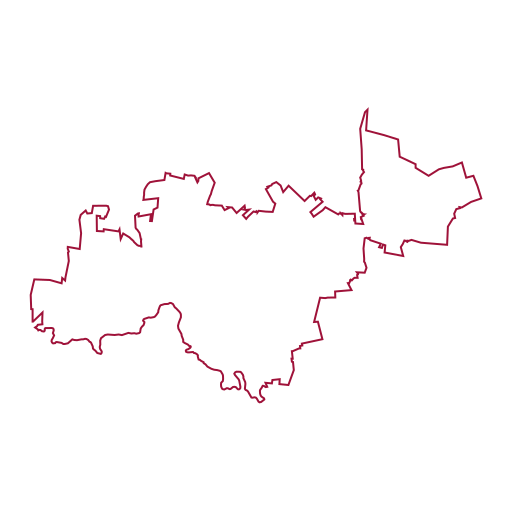 Sedibeng, Gauteng, South Africa
{"feature_id": "47623444B84489694859974", "entity_name": "Sedibeng", "entity_type": "district", "adm_level": 2, "iso_a3": "ZAF", "parent_name": "South Africa", "parent_adm1": "Gauteng", "projection": "albers", "projection_center": [28.102, -26.548], "detail": "fine", "context": "isolated", "style": "outline", "palette": "rose", "viewbox_px": 512, "rotation_deg": 0, "n_neighbors": 0, "source": "geoboundaries", "source_scale": "gbopen_adm2", "svg_char_len": 6049}
<svg xmlns="http://www.w3.org/2000/svg" viewBox="0 0 512 512"><path d="M106.1,205.7L93.1,205.8L91.8,213.1L87.3,213.5L85.7,210.5L80.7,214.9L79.4,219.7L81.1,233.2L79.7,249.0L67.8,246.9L67.7,248.7L68.8,251.6L68.0,252.5L68.8,261.0L65.5,277.2L65.1,280.5L62.2,278.0L61.6,283.3L49.9,280.0L34.3,279.4L30.7,294.9L31.2,309.1L32.6,309.2L32.6,321.6L33.0,321.6L42.5,312.5L42.2,321.2L42.4,324.3L37.8,324.8L37.1,326.1L35.1,327.5L37.7,329.3L38.3,330.4L39.4,329.9L40.5,330.0L41.9,331.2L43.8,331.5L44.1,331.4L44.7,330.7L44.8,328.7L45.3,328.1L51.9,328.0L53.2,328.5L53.6,329.3L53.7,330.5L52.9,333.1L54.1,335.4L52.7,338.4L51.8,339.8L51.5,341.1L52.0,342.5L53.1,343.4L55.2,343.1L55.7,342.3L56.7,342.0L61.6,342.9L63.3,344.0L64.7,344.0L67.9,343.3L72.3,339.4L74.3,340.0L77.0,340.2L81.7,339.3L83.3,339.3L85.1,338.8L86.5,339.0L88.2,340.0L89.6,341.8L90.4,342.0L91.1,342.8L92.7,346.3L93.0,348.5L93.5,349.2L95.4,350.7L97.3,353.0L100.8,353.9L101.5,353.1L101.8,351.9L101.5,351.0L100.1,348.9L99.8,347.5L99.8,346.6L100.3,344.6L100.2,340.6L101.0,338.2L105.1,335.0L107.8,334.5L114.6,335.0L118.7,334.5L121.9,335.1L128.4,332.9L131.4,333.5L134.3,333.2L136.3,333.7L139.1,333.1L140.1,332.3L140.7,328.5L142.0,326.6L143.5,325.2L144.2,323.4L144.4,322.1L143.1,320.7L143.6,319.4L144.3,318.9L148.8,317.4L150.7,317.7L153.9,317.1L154.9,316.6L156.3,315.0L158.2,312.3L158.4,310.3L159.5,307.2L160.2,305.7L160.8,305.2L164.4,304.1L168.1,303.9L170.0,302.9L171.3,303.1L173.0,304.1L174.8,307.3L176.2,308.4L179.6,312.0L180.6,313.5L180.9,314.8L180.9,317.3L178.9,322.4L178.0,325.8L178.4,328.6L181.4,333.9L181.7,335.9L183.2,339.7L183.2,341.9L184.7,343.0L187.8,344.5L189.4,346.1L190.4,346.1L190.7,346.4L190.6,347.3L190.0,348.0L188.2,349.2L186.8,349.6L186.2,350.0L185.8,350.8L186.1,351.8L187.3,352.3L188.9,352.4L193.0,352.0L194.0,353.0L195.0,353.1L196.7,354.0L197.9,355.3L197.8,356.6L198.6,359.5L199.9,359.9L201.1,360.9L203.6,362.2L203.7,363.2L205.5,364.3L207.4,366.6L211.4,368.8L214.1,369.7L217.2,370.1L219.8,370.8L220.8,371.3L222.7,374.5L223.0,375.8L223.1,379.1L222.8,381.1L221.2,382.7L221.0,384.2L221.1,386.3L221.5,387.5L222.2,388.8L222.9,389.2L224.3,389.5L226.8,388.2L227.9,388.3L229.5,389.1L230.5,389.0L233.0,387.0L234.3,386.8L235.8,387.1L237.8,389.2L238.8,389.4L239.5,389.1L240.3,388.1L240.4,386.7L239.2,380.5L238.6,379.3L234.9,374.9L234.3,373.7L235.1,372.4L236.4,371.7L240.2,371.8L241.1,372.3L242.9,374.8L243.4,376.5L243.4,378.1L245.2,382.1L245.4,383.9L244.9,388.6L245.2,389.4L245.6,389.9L247.1,390.6L248.0,391.5L251.4,397.5L252.3,397.7L254.7,397.3L256.0,397.7L257.0,398.9L258.5,401.6L259.5,402.3L261.1,402.0L264.3,399.5L264.1,398.4L261.5,396.6L260.7,395.6L260.1,393.7L259.9,390.8L260.2,389.8L261.6,387.9L262.7,385.8L263.8,385.9L265.7,387.1L267.2,386.8L265.5,382.8L271.9,383.4L272.4,380.0L279.7,379.2L279.4,384.1L288.4,385.0L293.8,370.1L293.0,362.0L291.9,361.7L291.5,358.7L292.7,358.7L291.9,351.2L292.9,351.1L298.9,348.5L300.3,348.4L300.0,346.0L302.3,345.5L301.9,343.6L322.4,339.2L317.9,321.7L314.1,322.0L320.1,297.7L325.3,298.1L327.7,297.6L335.3,297.5L335.1,291.5L351.5,290.1L347.9,283.1L348.5,283.0L348.8,283.6L349.0,283.6L350.0,281.3L350.1,280.1L350.7,279.6L351.8,280.4L353.5,278.5L354.5,277.8L357.6,277.8L357.1,275.0L358.0,274.3L358.1,273.9L356.9,272.3L364.7,272.7L366.5,267.8L364.9,262.7L364.1,261.7L364.2,259.0L363.5,248.5L364.7,238.3L366.6,237.7L368.1,238.7L368.7,237.9L369.7,237.8L369.5,238.7L369.2,238.8L370.3,240.2L380.8,243.7L379.1,247.2L381.9,247.9L383.0,244.5L385.3,245.3L384.6,252.5L403.2,256.0L400.8,247.1L402.8,244.0L404.4,240.5L405.3,240.7L407.3,241.9L407.6,241.6L407.3,241.2L407.4,240.7L408.6,240.9L411.5,239.9L420.9,242.7L447.1,244.8L447.9,226.6L452.9,218.5L455.1,218.0L454.2,213.7L456.3,209.1L459.8,208.2L459.5,207.1L461.8,207.5L471.1,201.9L481.3,198.4L477.5,186.1L473.4,175.8L466.2,177.7L461.9,162.5L452.7,166.4L443.9,167.9L438.9,169.3L428.6,175.8L415.6,167.8L415.6,164.2L399.7,156.7L398.1,139.5L384.0,135.1L366.1,130.4L367.5,109.7L365.0,112.2L360.2,128.8L361.7,149.4L362.1,169.3L363.2,169.7L363.1,170.6L364.0,172.1L361.9,174.6L360.2,177.6L361.1,180.5L360.6,181.7L361.3,182.1L361.5,183.6L360.6,184.4L358.3,190.7L357.9,190.8L358.5,192.1L360.1,211.0L360.8,212.3L361.2,212.4L361.9,213.3L362.0,213.0L363.3,214.2L364.1,214.3L362.9,215.0L363.6,215.8L360.8,217.1L361.1,219.1L361.5,219.0L363.2,224.0L355.4,223.5L355.2,220.5L354.2,220.5L354.1,219.0L355.1,219.1L354.8,213.7L345.2,213.9L342.5,213.2L342.4,215.1L340.4,213.0L340.3,213.6L339.7,213.4L338.8,213.7L338.2,214.4L325.4,207.2L322.7,210.2L313.6,216.7L311.7,213.7L310.4,212.1L322.6,201.8L320.2,199.2L320.9,198.5L318.2,197.4L315.7,199.8L313.8,196.1L315.1,194.4L314.3,192.7L311.1,196.1L309.9,195.8L304.6,201.0L288.6,185.7L283.2,192.1L280.6,185.5L276.3,182.1L272.2,184.0L271.4,185.4L267.5,186.7L268.3,187.6L265.9,189.1L273.0,201.7L275.3,203.6L272.7,211.9L265.8,211.6L258.7,210.8L257.6,212.3L257.6,212.1L256.4,211.2L255.8,212.1L253.5,211.5L248.0,216.7L246.2,218.9L242.9,215.2L249.1,209.6L245.9,210.0L243.9,209.6L244.5,209.3L245.0,208.0L244.6,205.7L236.6,213.0L232.1,207.5L227.7,207.1L228.6,208.1L224.6,210.1L221.8,205.6L215.0,205.3L213.2,204.9L211.7,204.9L210.3,205.2L209.5,204.5L207.2,204.2L207.8,201.7L210.2,195.4L210.8,194.5L211.7,191.1L214.7,182.7L209.0,173.1L198.5,178.3L198.3,181.0L197.4,182.4L195.3,177.7L195.7,177.6L194.5,175.8L191.0,175.4L188.1,175.6L184.7,174.5L183.8,178.9L170.2,175.5L170.3,173.7L166.3,173.3L165.6,172.9L164.4,180.0L155.3,181.2L150.0,182.2L147.8,184.2L146.0,186.9L144.5,189.6L144.1,192.5L144.1,195.0L143.7,197.3L143.8,197.9L143.4,199.9L158.2,198.2L157.5,207.6L153.6,209.5L151.9,221.1L150.1,221.0L151.0,214.2L138.6,216.5L138.4,214.2L138.9,213.7L138.9,213.3L137.9,213.5L135.0,215.7L135.6,227.7L136.1,228.7L137.3,229.8L139.6,233.1L140.9,239.2L141.2,239.3L141.0,241.4L141.5,247.5L141.2,245.9L139.0,245.9L137.4,245.2L134.1,242.1L133.5,241.1L132.1,239.7L131.9,239.7L129.4,237.3L123.2,233.5L120.7,239.0L119.5,229.4L118.5,231.4L103.8,229.2L103.6,231.4L96.9,231.0L96.7,215.7L100.1,216.1L100.2,218.2L104.1,218.8L105.2,216.5L106.0,216.9L109.0,209.6L108.0,206.2L106.1,205.7Z" fill="none" stroke="#9f1239" stroke-width="2"/></svg>